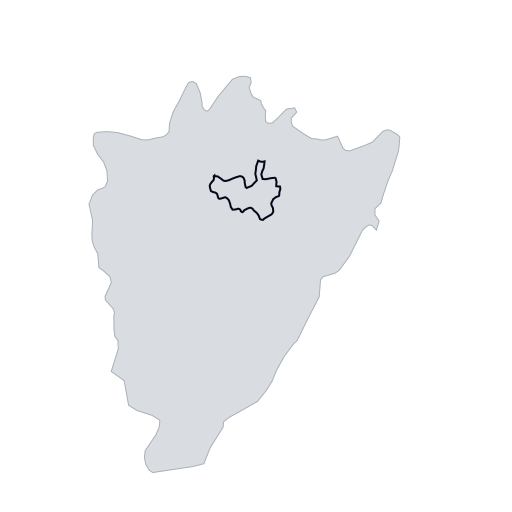 location of Sarajevo within Bosnia and Herzegovina, rotated 254°
{"feature_id": "BIH-2890", "entity_name": "Sarajevo", "entity_type": "Canton", "adm_level": 1, "iso_a3": "BIH", "parent_name": "Bosnia and Herzegovina", "parent_adm1": "", "projection": "equal_earth", "projection_center": [18.322, 43.843], "detail": "fine", "context": "in_parent", "style": "outline", "palette": "ink", "viewbox_px": 512, "rotation_deg": 254, "n_neighbors": 0, "source": "natural_earth", "source_scale": "10m", "svg_char_len": 3337}
<svg xmlns="http://www.w3.org/2000/svg" viewBox="0 0 512 512"><g transform="rotate(254 256 256)"><path d="M418.0,134.2L418.8,137.0L416.7,146.7L412.7,157.2L406.1,168.1L399.2,178.4L397.4,183.8L397.0,192.5L396.2,199.4L397.1,203.1L399.4,206.6L407.1,209.3L417.5,216.2L426.4,225.1L437.7,235.3L441.3,239.1L441.3,243.2L438.0,246.2L428.4,247.3L418.3,246.4L414.4,245.4L410.8,246.6L408.6,249.0L409.8,251.7L420.2,264.1L432.3,281.9L433.1,289.6L431.6,295.6L428.9,299.8L423.8,299.1L420.0,295.8L414.2,296.0L409.8,296.9L404.0,303.4L401.0,303.1L396.1,304.1L392.9,305.4L387.9,303.5L382.6,302.3L380.3,304.2L379.3,308.0L382.6,314.9L388.8,325.7L387.8,333.9L383.1,334.8L378.8,327.9L375.0,326.8L370.7,327.0L360.8,335.0L353.6,341.7L351.9,346.3L349.3,351.5L348.5,355.1L348.7,367.4L335.5,369.4L332.8,371.2L331.2,375.0L332.3,390.8L333.4,399.3L340.9,412.4L341.2,416.6L340.1,419.3L334.8,424.5L332.2,426.4L330.5,427.0L321.7,423.6L317.6,421.9L300.0,410.3L292.3,403.9L280.0,395.4L272.5,390.7L268.7,383.4L262.7,381.7L255.6,384.0L247.6,378.8L253.2,376.1L254.7,373.5L253.9,370.1L251.5,365.5L229.9,345.7L219.4,332.2L217.7,327.4L217.6,314.5L215.1,311.4L199.3,305.5L181.7,288.8L163.5,272.4L161.1,267.8L151.8,255.5L140.4,244.2L131.4,237.1L124.0,228.9L115.8,217.5L111.7,200.4L108.1,185.1L105.6,179.2L100.4,177.1L84.3,159.1L70.7,148.6L71.0,137.3L73.5,118.5L76.3,97.1L79.7,94.2L86.0,92.6L93.2,93.2L99.4,95.8L111.6,110.4L118.6,116.1L124.6,118.3L131.5,112.1L140.1,99.2L147.6,92.4L172.5,94.9L184.9,85.0L204.6,98.0L212.7,100.0L217.4,98.2L223.6,99.0L237.5,102.8L240.7,104.4L244.9,104.1L255.2,99.1L258.7,99.7L270.5,109.7L276.4,109.8L283.5,105.5L288.1,101.8L301.6,104.5L309.4,102.9L315.8,102.7L322.7,104.4L329.1,106.7L335.3,108.7L352.0,109.8L360.0,116.1L363.3,122.2L363.3,126.0L364.1,130.0L368.8,133.9L378.9,136.2L385.2,135.7L388.5,135.4L397.1,131.9L407.2,130.1L414.5,132.2L418.0,134.2Z" fill="#d9dde1" stroke="#a8b0b8" stroke-width="1"/><path d="M344.9,238.4L343.9,238.4L343.2,241.0L340.3,243.4L337.4,245.5L336.5,247.3L336.3,250.4L336.9,254.9L337.2,258.7L337.2,262.6L336.3,264.3L334.8,265.5L331.9,265.9L329.3,265.3L325.3,265.0L324.0,265.7L324.3,268.2L324.6,271.1L327.2,275.4L328.4,277.6L331.1,277.8L335.2,278.0L338.3,279.4L342.3,281.0L347.1,284.4L346.9,284.7L345.7,285.9L344.9,287.7L344.6,289.3L344.6,290.3L341.4,289.0L338.2,287.5L335.8,285.4L333.0,283.6L331.1,283.6L328.2,283.6L327.1,286.6L326.7,291.9L326.0,295.7L325.2,296.4L324.3,296.2L321.6,296.2L319.4,295.3L317.5,294.7L316.7,296.5L316.2,298.2L315.9,298.2L314.8,298.1L313.8,297.8L313.5,297.8L313.1,297.5L311.0,296.1L308.3,295.2L307.3,294.4L307.2,293.5L307.2,291.6L305.8,288.1L305.7,288.1L303.3,285.9L302.6,285.2L302.4,285.2L300.4,284.9L298.1,285.4L297.4,285.5L296.9,285.4L293.8,284.8L292.2,283.2L291.5,281.6L290.7,278.3L290.6,278.1L290.6,277.7L289.6,274.1L288.8,272.9L289.3,271.4L290.4,270.0L294.2,269.7L297.2,268.6L300.3,266.5L302.4,265.7L303.7,264.5L304.1,263.3L304.0,261.1L303.2,257.2L302.4,256.3L302.2,256.1L301.9,254.9L303.1,253.8L304.1,253.8L305.5,253.2L306.4,252.0L306.4,248.7L307.1,246.2L310.0,245.3L313.3,245.5L317.1,245.3L319.8,243.9L321.0,242.6L320.9,238.5L321.0,236.6L322.2,235.7L324.6,235.7L326.5,235.7L328.1,234.5L329.4,232.2L330.5,231.0L330.8,230.6L332.8,230.6L334.4,230.6L336.4,230.9L337.9,232.1L339.5,234.2L340.4,235.9L342.0,236.9L344.4,237.4L344.9,238.4Z" fill="none" stroke="#020617" stroke-width="2"/></g></svg>